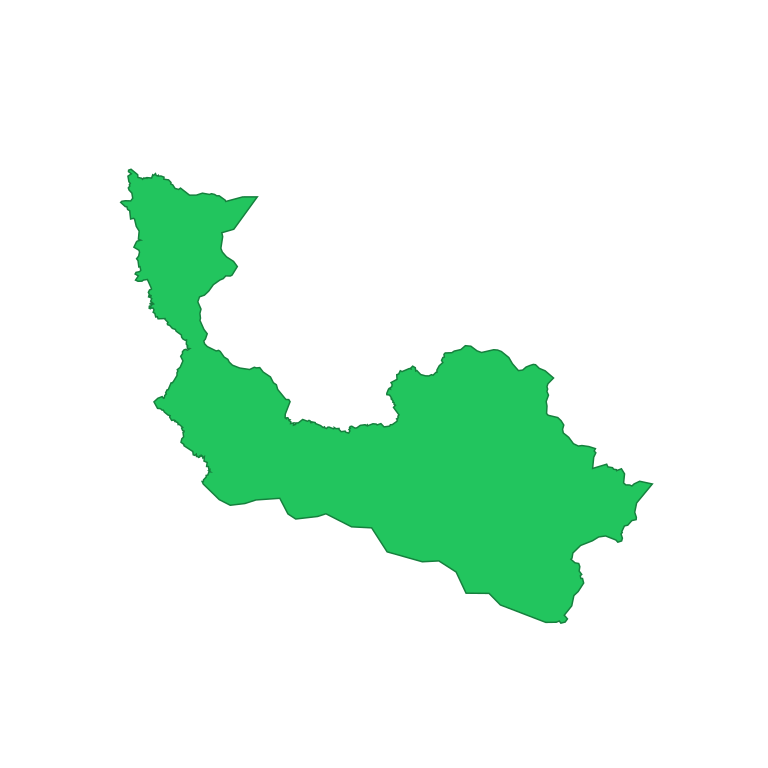 outline of Ejisu Municipal, Ashanti, Ghana, rotated 162°
{"feature_id": "2480657B74771824828795", "entity_name": "Ejisu Municipal", "entity_type": "district", "adm_level": 2, "iso_a3": "GHA", "parent_name": "Ghana", "parent_adm1": "Ashanti", "projection": "mercator", "projection_center": [-1.391, 6.614], "detail": "fine", "context": "isolated", "style": "filled", "palette": "green", "viewbox_px": 768, "rotation_deg": 162, "n_neighbors": 0, "source": "geoboundaries", "source_scale": "gbopen_adm2", "svg_char_len": 6171}
<svg xmlns="http://www.w3.org/2000/svg" viewBox="0 0 768 768"><g transform="rotate(162 384 384)"><path d="M159.7,206.0L170.9,212.5L177.0,211.7L179.8,210.4L181.5,212.0L185.2,213.3L186.7,215.9L183.0,224.2L184.4,230.0L189.5,229.7L189.4,230.7L192.0,232.0L192.5,233.8L196.7,236.0L197.0,238.9L211.7,239.2L207.2,249.5L203.8,253.1L204.8,255.3L202.9,257.2L208.5,261.2L214.8,264.3L218.3,264.9L222.3,268.7L224.8,276.2L228.6,282.0L228.2,285.7L225.7,289.4L226.9,294.3L229.1,298.4L237.5,303.5L238.5,305.7L235.8,312.7L235.2,317.2L231.0,322.6L231.4,326.6L229.9,328.6L229.9,331.0L228.0,333.6L220.9,337.3L226.7,346.8L231.5,350.9L233.9,355.5L236.0,356.5L239.5,356.5L243.7,356.2L247.8,354.4L252.0,355.2L255.6,363.6L257.1,370.6L262.3,378.6L265.5,381.2L269.1,382.7L281.5,383.8L285.3,386.8L289.7,393.1L294.8,395.3L300.2,393.0L307.1,393.6L309.8,392.8L316.2,394.6L317.8,393.7L318.3,390.9L319.8,391.0L322.0,388.7L321.4,386.2L325.8,384.3L329.3,381.0L330.1,378.7L331.1,379.0L334.6,377.2L336.0,378.2L338.8,377.8L342.0,378.9L346.2,381.7L348.6,386.7L349.8,386.6L349.2,389.8L351.2,392.1L353.8,390.8L353.7,390.0L355.2,390.9L363.0,390.2L364.4,391.6L366.9,389.0L369.0,388.9L370.2,384.4L376.9,383.2L376.4,380.9L377.5,379.0L379.2,378.5L379.4,377.2L380.4,378.2L381.3,377.7L384.2,374.3L384.6,373.0L382.1,371.7L381.1,367.9L381.8,367.6L380.6,365.3L381.2,363.9L380.2,363.2L380.7,361.5L379.7,360.3L382.2,358.8L379.3,350.0L380.7,349.1L380.9,347.5L382.8,346.9L382.3,346.0L383.3,344.5L388.7,342.8L390.5,343.3L391.7,342.2L397.2,343.2L399.2,347.3L403.2,347.2L403.8,348.3L406.8,349.6L412.5,349.3L412.5,350.4L413.7,349.9L414.5,351.1L419.3,352.0L423.4,350.7L425.2,351.0L427.7,353.8L429.3,354.0L430.3,353.1L429.8,352.1L431.4,351.6L430.9,349.9L432.8,348.2L435.3,350.0L435.5,351.2L439.5,351.9L440.8,354.6L440.5,355.6L443.5,356.4L444.8,358.0L445.0,357.1L445.9,357.0L449.4,359.9L450.7,360.3L452.5,359.5L454.0,360.8L453.9,361.6L455.4,361.4L457.1,364.0L461.3,367.5L461.4,368.6L464.2,370.2L464.2,369.6L465.6,369.8L465.7,371.8L466.6,372.6L468.3,372.2L472.3,375.4L477.5,373.5L480.4,374.3L480.6,372.9L482.8,372.8L481.9,374.9L485.1,375.2L484.3,376.8L485.6,378.5L484.6,379.0L485.4,379.4L485.9,381.6L487.6,382.0L487.8,381.4L488.5,382.4L487.2,385.9L478.8,396.2L479.4,398.6L482.1,399.6L486.8,411.7L486.6,416.5L488.8,419.4L489.8,425.8L495.2,432.7L497.1,438.0L500.3,438.7L502.2,440.0L507.3,439.3L516.3,443.8L522.3,448.7L524.4,452.6L524.9,455.7L527.7,459.0L529.7,465.5L530.9,467.1L533.4,467.3L540.5,474.2L542.2,477.7L542.1,480.6L540.0,481.9L536.6,486.4L538.4,491.6L539.4,501.4L538.2,503.3L537.3,508.0L534.9,511.8L535.7,519.7L532.5,523.9L527.3,524.0L522.0,526.5L515.6,531.2L507.9,533.6L504.3,533.9L501.1,535.7L496.7,534.2L494.9,534.5L487.2,541.0L489.2,547.1L494.5,553.6L497.0,559.5L497.2,563.5L491.9,574.0L491.5,578.0L479.0,577.6L446.7,601.1L460.6,605.6L478.1,606.5L478.2,607.9L482.6,613.9L485.0,614.7L486.5,616.6L489.3,618.3L491.4,618.2L497.7,621.6L504.1,621.6L510.6,623.7L517.0,633.2L519.2,632.5L522.3,634.6L523.4,638.7L525.0,640.2L524.3,641.5L525.8,644.7L530.1,646.8L529.3,648.7L531.8,650.7L534.2,651.4L534.1,652.2L535.2,651.9L536.3,652.9L536.3,654.7L538.8,653.6L539.3,654.4L541.4,651.7L545.3,653.4L545.9,652.9L546.4,653.7L547.9,653.4L548.6,654.2L550.4,653.3L550.8,654.5L554.2,656.5L553.6,659.2L558.2,666.4L560.8,666.3L561.4,664.9L559.3,662.0L563.3,660.8L564.1,655.2L563.3,653.2L564.6,652.2L564.6,650.8L566.6,649.5L566.5,647.1L564.8,643.5L565.6,638.3L568.3,636.4L573.3,638.2L576.9,638.8L578.3,638.1L575.2,632.6L573.8,632.1L573.9,629.2L572.3,627.4L574.0,619.2L570.9,618.9L570.3,617.9L570.9,610.4L569.6,605.1L572.8,597.7L570.8,595.9L574.5,596.2L575.7,595.5L579.6,591.4L575.7,586.9L575.8,584.9L577.9,581.4L580.6,579.6L579.8,577.4L581.0,571.1L579.8,571.0L580.2,567.2L581.8,566.4L585.3,566.8L586.7,565.5L584.2,562.7L588.2,559.6L586.2,557.7L582.3,556.6L580.7,557.2L576.7,556.5L575.7,546.9L575.9,546.0L577.9,545.9L579.8,544.0L579.5,541.9L581.0,539.6L580.3,539.1L578.8,540.6L578.2,540.1L579.4,538.3L578.5,537.0L580.3,534.9L578.3,531.3L579.4,531.2L580.0,532.7L581.2,533.0L581.7,532.6L580.5,531.2L581.0,530.4L583.2,530.4L583.9,528.5L583.0,527.9L582.4,529.7L581.7,528.0L580.2,527.6L579.8,525.7L581.4,523.5L580.1,522.0L580.4,518.3L578.8,518.0L578.7,515.8L572.0,513.9L572.3,513.2L570.4,509.3L571.4,508.5L571.5,507.3L569.7,505.9L568.1,502.3L565.6,500.4L565.3,498.3L561.6,493.3L562.0,491.1L561.3,488.9L559.5,487.0L558.2,486.9L559.7,483.0L558.9,480.9L559.5,480.8L559.9,478.7L557.8,477.7L560.5,476.9L561.8,478.2L563.5,478.3L565.7,477.0L566.3,475.0L568.8,473.2L568.1,468.1L572.8,462.8L576.2,461.5L576.0,460.0L577.4,458.7L578.2,456.1L583.1,451.8L585.0,450.5L586.1,450.9L591.0,445.3L592.1,445.5L594.4,443.1L594.1,441.8L596.0,440.9L597.3,438.6L598.1,438.6L598.9,440.6L603.5,440.3L608.3,438.1L606.9,430.8L604.2,429.6L603.2,427.8L601.9,427.3L601.6,425.3L599.1,421.3L597.2,420.0L598.1,418.8L597.2,415.0L594.8,414.6L594.5,413.1L593.7,413.4L593.5,412.1L592.1,411.2L592.3,409.0L591.3,409.0L588.9,404.9L590.1,404.6L589.9,402.1L588.7,401.2L588.9,400.3L590.1,400.1L590.9,395.6L593.2,394.4L595.1,391.3L593.0,388.3L593.3,387.1L586.7,378.9L587.3,375.6L586.0,374.6L584.2,375.3L584.7,373.0L583.5,372.7L583.1,371.5L581.9,371.5L581.3,372.5L580.3,371.8L579.8,372.7L578.9,371.4L579.1,369.6L577.3,370.4L579.0,366.3L576.4,364.0L578.2,360.4L576.5,359.7L577.0,356.8L575.9,356.7L576.4,355.4L577.4,355.5L576.3,354.1L577.6,354.6L579.8,351.8L581.4,352.0L581.8,350.5L585.2,348.7L585.9,347.1L587.1,347.5L586.8,344.7L576.4,324.9L567.7,316.2L553.2,313.3L541.6,313.3L518.4,307.5L515.5,290.1L509.7,282.9L488.0,278.5L479.3,278.5L459.0,258.2L440.2,251.0L432.9,223.4L402.5,203.1L386.5,198.8L373.5,182.9L370.6,159.7L348.8,152.4L341.6,137.9L303.8,107.3L293.8,104.2L290.5,104.4L289.7,101.9L285.3,101.6L282.1,103.9L284.0,108.4L274.0,115.0L268.8,124.1L263.5,126.6L255.6,133.0L255.3,137.7L256.9,138.3L256.6,141.0L254.8,141.8L256.2,145.8L254.2,149.8L254.3,153.1L257.6,154.9L260.4,159.6L259.0,160.3L256.6,164.9L246.9,169.7L234.2,170.5L227.1,172.2L220.2,171.0L211.7,164.0L210.5,161.3L206.5,161.3L204.9,163.7L204.9,168.1L203.3,169.1L203.4,170.2L199.2,174.7L195.8,174.4L190.5,177.5L186.1,177.1L185.2,179.2L185.2,184.5L180.5,192.8L159.7,206.0Z" fill="#22c55e" stroke="#15803d" stroke-width="1.5"/></g></svg>